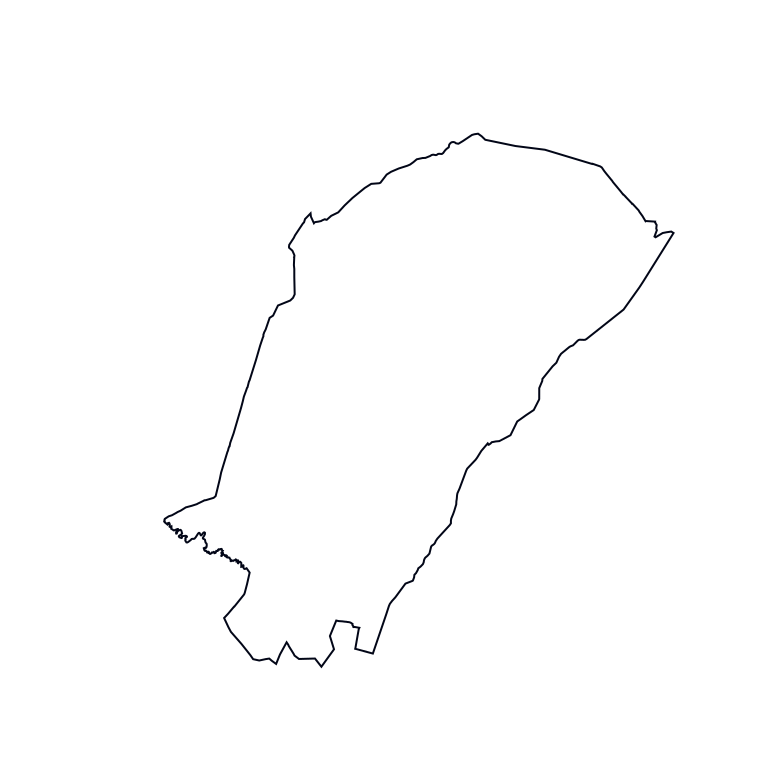 the district of Nautrēnu pag., Rezeknes, Latvia, rotated 124°
{"feature_id": "27541924B31179007795423", "entity_name": "Nautrēnu pag.", "entity_type": "district", "adm_level": 2, "iso_a3": "LVA", "parent_name": "Latvia", "parent_adm1": "Rezeknes", "projection": "natural_earth1", "projection_center": [27.418, 56.733], "detail": "fine", "context": "isolated", "style": "outline", "palette": "ink", "viewbox_px": 768, "rotation_deg": 124, "n_neighbors": 0, "source": "geoboundaries", "source_scale": "gbopen_adm2", "svg_char_len": 6065}
<svg xmlns="http://www.w3.org/2000/svg" viewBox="0 0 768 768"><g transform="rotate(124 384 384)"><path d="M96.9,228.4L97.0,231.1L100.2,234.6L103.0,237.4L110.5,240.9L110.5,242.2L103.9,243.8L102.9,245.2L99.7,246.9L99.0,248.5L98.7,248.8L98.4,249.9L97.8,250.1L102.5,258.1L102.8,258.2L100.2,263.7L98.4,268.6L97.7,269.9L95.6,278.8L95.9,279.1L95.7,279.4L93.8,287.9L93.8,288.2L93.6,288.4L92.9,292.3L93.0,292.3L92.0,295.4L88.6,307.0L88.0,308.4L85.3,317.4L84.3,320.5L82.7,324.5L82.7,326.4L84.7,333.9L84.9,334.5L85.2,334.5L99.8,381.6L113.2,408.1L124.9,436.6L124.0,441.7L123.9,446.0L126.4,448.7L128.3,450.3L138.6,454.5L142.9,456.5L143.3,456.8L144.2,459.0L144.1,460.2L144.2,460.8L144.7,462.0L145.9,463.2L147.1,463.6L149.0,463.8L151.6,462.7L154.1,463.6L156.2,464.0L159.5,464.1L161.0,464.7L162.3,467.0L163.0,467.8L164.5,468.4L165.2,468.9L166.4,471.5L167.6,472.6L169.1,473.2L173.4,476.1L175.1,478.4L179.4,482.5L183.7,483.7L187.5,485.1L190.0,486.7L197.1,492.3L204.1,496.8L208.9,498.9L219.1,499.5L220.3,500.3L225.2,506.5L232.3,509.6L247.5,514.2L258.0,516.5L267.3,517.9L274.1,521.8L279.9,523.3L280.4,524.5L280.4,525.0L280.5,525.2L282.8,526.7L284.1,527.3L286.3,529.4L287.8,531.1L288.7,531.9L289.9,532.0L286.1,538.2L283.6,540.3L285.3,540.6L291.4,541.7L294.7,540.7L296.3,541.0L310.6,540.9L313.2,540.5L321.6,540.4L323.4,539.5L324.1,538.9L324.7,534.5L327.0,530.8L327.8,529.9L329.1,529.5L329.1,529.3L335.8,525.2L338.8,522.7L345.6,518.1L359.6,508.2L363.4,507.6L367.2,508.4L378.2,515.8L389.3,514.2L393.1,515.8L404.9,512.6L408.2,512.2L410.7,511.5L411.8,510.7L413.7,510.3L421.3,508.2L435.9,503.5L456.4,497.4L457.3,497.4L463.1,495.3L463.8,495.4L466.7,494.6L472.8,493.1L477.3,491.4L483.6,489.2L509.0,481.1L518.7,478.6L522.0,477.2L522.2,477.4L524.3,476.9L526.4,476.1L528.0,475.8L548.5,469.5L554.8,466.9L571.0,460.9L573.1,461.4L573.8,461.7L580.0,466.8L580.9,467.9L581.1,467.9L587.3,471.5L588.3,472.0L592.5,475.3L597.1,479.3L602.8,481.8L605.7,483.6L606.7,484.0L611.4,486.4L614.1,488.5L618.4,490.3L619.0,490.0L619.7,490.0L620.3,489.2L620.9,489.3L621.0,489.1L620.7,488.8L621.3,488.2L621.6,485.1L621.1,485.2L620.9,484.9L620.3,485.4L619.3,484.6L619.5,483.9L620.4,482.9L621.9,482.3L622.2,482.0L622.2,481.4L621.9,481.1L620.9,480.6L621.5,480.1L623.0,479.5L622.9,477.5L623.0,476.9L622.9,476.3L619.7,474.1L619.5,473.7L619.9,473.4L623.1,473.5L624.2,472.7L624.1,472.4L623.8,472.2L622.2,472.7L621.0,472.6L619.1,471.6L618.7,471.1L618.7,470.8L619.0,469.9L620.8,467.8L621.9,467.9L624.4,469.0L624.9,469.0L625.2,468.7L625.5,467.9L625.0,465.8L624.8,465.6L624.4,465.6L624.0,465.8L623.6,466.3L623.1,466.4L620.7,463.5L620.5,462.8L620.6,462.1L621.1,461.9L622.5,462.5L623.6,462.1L623.7,461.6L625.0,461.1L625.8,459.2L625.4,458.5L624.5,458.0L621.5,457.0L620.1,456.8L619.1,455.8L618.8,455.1L618.1,454.6L616.3,454.4L611.9,454.5L610.9,454.2L610.7,453.9L610.7,453.5L611.9,451.3L611.7,450.9L611.0,450.7L609.2,450.7L608.1,450.5L607.5,450.1L607.4,449.8L607.5,449.2L608.6,448.5L610.5,448.2L612.6,448.2L613.1,448.0L613.4,447.5L613.2,446.0L613.2,445.4L615.2,443.3L615.6,441.8L616.6,440.9L618.3,440.0L618.6,440.0L619.2,440.5L620.0,440.0L620.6,440.5L620.4,441.1L620.5,441.4L620.9,441.6L622.3,439.9L622.4,439.4L622.4,438.9L621.9,438.3L621.9,437.5L622.5,436.5L622.2,436.2L621.3,435.9L621.2,435.4L621.3,435.1L622.2,434.7L621.9,434.1L622.2,433.4L622.1,433.1L621.0,432.5L619.9,432.5L619.7,432.3L619.6,431.7L618.4,431.3L618.3,430.9L619.0,429.9L618.6,429.5L618.0,429.2L616.2,429.7L615.9,429.1L615.4,428.5L615.1,428.5L614.5,428.9L613.5,428.7L613.3,428.3L613.4,427.8L613.2,427.5L612.4,427.4L611.6,426.5L611.6,426.2L612.5,425.2L612.6,424.7L612.5,424.4L613.7,424.3L614.7,424.5L615.0,424.4L615.0,424.2L614.8,423.8L614.4,423.8L614.0,423.5L614.1,423.0L614.4,422.8L615.7,423.0L616.8,423.0L617.3,422.9L617.5,422.7L617.4,422.5L616.5,422.2L615.8,422.3L615.3,421.9L615.1,421.6L615.0,420.9L615.1,420.1L615.5,419.6L615.5,419.2L615.2,419.2L614.7,419.5L614.4,419.4L614.2,418.8L614.3,418.2L615.0,418.0L615.5,417.3L615.5,416.9L614.8,416.3L614.8,415.7L614.4,415.0L614.9,414.3L615.4,412.7L616.3,412.3L616.5,412.2L616.5,411.8L616.2,411.6L615.3,411.3L615.1,410.2L614.1,409.8L613.7,409.3L612.3,408.8L612.3,407.6L613.3,407.4L613.5,407.2L612.5,406.8L611.9,406.3L612.1,405.9L612.9,405.5L614.0,405.3L614.2,405.0L614.2,404.7L612.6,404.4L611.8,403.8L611.8,403.5L612.2,402.2L615.4,400.1L615.1,399.8L614.3,399.7L613.7,399.8L613.0,399.4L613.0,399.1L613.4,398.7L614.8,398.0L615.4,396.5L615.2,396.0L614.9,395.7L613.6,394.9L615.5,389.9L626.6,385.6L634.9,382.7L636.6,382.3L652.3,383.6L652.4,383.8L661.7,384.8L667.4,385.7L672.6,377.0L675.1,372.3L677.0,365.1L679.2,356.8L683.5,343.2L685.3,338.6L683.0,332.8L678.2,328.2L675.8,325.6L676.2,322.2L676.4,316.9L666.4,319.0L652.6,320.3L653.7,317.6L654.5,316.4L658.2,308.1L659.2,306.3L659.5,300.7L650.2,287.7L653.4,277.8L631.9,277.1L623.2,287.9L606.8,291.3L605.9,289.0L604.0,285.7L602.9,283.5L602.1,282.1L601.9,281.5L601.1,280.0L600.7,279.0L600.5,278.0L600.5,275.9L601.4,275.5L602.0,274.1L602.6,273.5L602.4,273.0L601.9,272.6L599.9,268.1L601.5,267.8L619.0,260.0L619.6,259.8L613.7,242.5L573.9,253.3L565.2,255.8L562.9,256.2L559.3,256.0L554.4,255.3L537.5,254.6L537.2,254.4L531.6,250.5L530.8,250.1L527.5,250.9L525.2,252.1L522.9,251.7L519.4,252.0L517.6,252.5L515.0,251.6L511.6,251.0L509.6,251.4L507.7,252.3L506.3,252.6L505.5,252.7L504.6,252.6L502.2,251.9L499.2,251.5L492.7,253.9L492.1,254.0L491.2,253.9L490.0,253.4L488.5,252.9L487.1,252.9L485.2,253.3L482.3,253.3L464.2,250.6L462.1,250.6L459.9,252.1L457.9,253.0L453.4,253.9L450.2,254.7L443.4,256.8L440.8,258.4L438.6,259.4L435.4,261.2L433.6,262.0L428.4,262.9L409.8,267.4L407.6,267.7L395.6,265.7L393.1,265.6L385.0,265.9L375.2,264.8L375.6,263.7L375.9,263.3L375.7,263.1L373.8,262.4L372.0,262.1L369.1,259.2L366.9,256.5L355.7,250.5L340.6,252.6L330.4,248.8L321.8,245.3L310.4,246.7L309.7,246.9L300.6,253.0L293.0,254.5L291.2,255.5L275.0,254.1L270.0,253.0L263.6,254.1L259.9,254.1L249.6,251.0L248.4,250.4L246.2,248.9L240.0,247.7L238.8,247.3L237.9,246.6L235.9,243.4L235.0,242.1L234.5,241.8L233.5,241.3L188.3,227.0L161.3,226.3L154.3,226.4L96.9,228.4Z" fill="none" stroke="#020617" stroke-width="2"/></g></svg>